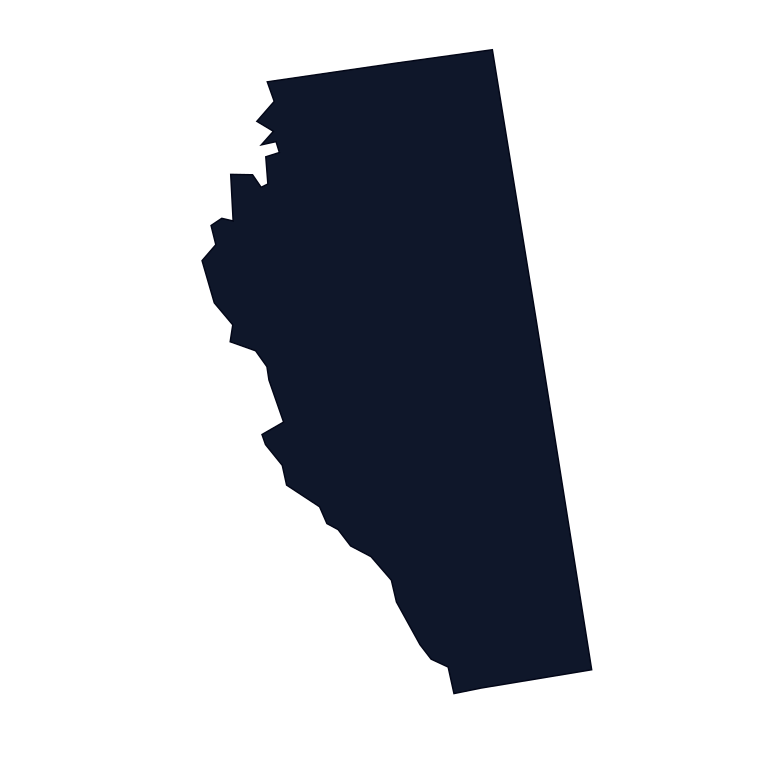 outline of Adams, Wisconsin, United States of America, rotated 351°
{"feature_id": "52423323B52855808285855", "entity_name": "Adams", "entity_type": "district", "adm_level": 2, "iso_a3": "USA", "parent_name": "United States of America", "parent_adm1": "Wisconsin", "projection": "albers", "projection_center": [-89.891, 43.945], "detail": "fine", "context": "isolated", "style": "filled", "palette": "ink", "viewbox_px": 768, "rotation_deg": 351, "n_neighbors": 0, "source": "geoboundaries", "source_scale": "gbopen_adm2", "svg_char_len": 729}
<svg xmlns="http://www.w3.org/2000/svg" viewBox="0 0 768 768"><g transform="rotate(351 384 384)"><path d="M316.0,67.3L319.8,87.7L299.5,104.7L314.3,117.1L300.3,128.6L315.3,127.7L316.9,139.0L302.8,141.1L300.6,168.3L293.4,170.5L286.9,156.8L265.4,153.0L260.5,199.4L249.7,195.0L238.0,200.4L239.7,220.1L223.6,233.7L229.1,277.3L243.9,301.9L238.7,318.2L262.4,331.1L271.1,348.6L271.0,362.1L278.9,405.9L255.6,414.8L257.5,425.3L270.8,448.4L272.0,468.6L301.2,495.2L305.8,512.9L315.9,520.6L325.7,538.7L344.2,552.5L360.6,578.9L362.2,601.2L378.8,647.1L387.5,663.1L403.1,673.6L404.7,700.7L431.7,699.5L544.4,698.7L544.4,606.9L544.3,345.3L543.3,70.8L448.8,69.0L316.3,67.3L316.0,67.3Z" fill="#0f172a" stroke="#020617" stroke-width="1.5"/></g></svg>